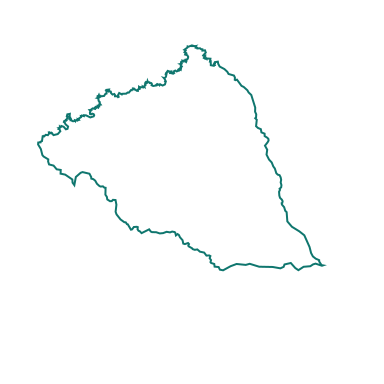 outline of Santissimo Nome De Jesus, Ribeira Grande de Santiago, Cabo Verde, rotated 146°
{"feature_id": "66160863B56005242542710", "entity_name": "Santissimo Nome De Jesus", "entity_type": "district", "adm_level": 2, "iso_a3": "CPV", "parent_name": "Cabo Verde", "parent_adm1": "Ribeira Grande de Santiago", "projection": "robinson", "projection_center": [-23.597, 14.95], "detail": "fine", "context": "isolated", "style": "outline", "palette": "teal", "viewbox_px": 384, "rotation_deg": 146, "n_neighbors": 0, "source": "geoboundaries", "source_scale": "gbopen_adm2", "svg_char_len": 6104}
<svg xmlns="http://www.w3.org/2000/svg" viewBox="0 0 384 384"><g transform="rotate(146 192 192)"><path d="M210.0,109.7L201.5,108.9L195.3,107.4L188.2,101.5L184.3,100.2L178.1,92.5L167.0,84.7L161.4,79.3L157.9,78.7L155.8,80.2L149.8,77.9L148.9,71.2L147.5,67.7L141.3,67.6L135.4,64.3L132.1,64.3L129.6,63.5L125.5,58.2L124.4,57.9L125.5,59.0L125.4,63.3L124.7,64.4L126.7,67.5L127.8,71.0L127.4,74.8L125.3,80.7L123.1,93.3L125.0,99.3L128.6,107.3L129.4,114.3L124.8,122.4L125.2,124.3L124.1,127.9L124.5,131.3L123.9,132.6L123.2,132.5L122.0,133.7L121.8,135.5L122.3,137.9L121.6,140.2L119.7,143.5L117.8,144.6L117.6,145.7L115.5,146.0L114.0,147.7L113.1,150.4L111.3,152.2L110.3,154.6L110.0,157.0L111.2,158.4L111.6,160.4L110.2,165.1L110.3,167.7L109.4,171.9L110.0,175.8L109.3,181.3L106.0,185.0L105.6,189.6L101.6,190.9L99.8,191.8L99.0,193.2L99.2,194.8L100.5,197.7L99.2,199.8L101.1,202.6L99.8,205.6L101.5,208.2L102.1,210.7L97.9,215.7L98.3,217.8L97.2,218.0L95.3,220.5L94.8,223.3L92.4,226.6L88.6,239.3L89.4,242.9L89.2,245.4L90.4,250.2L91.6,252.3L91.9,260.0L93.4,260.4L93.8,261.1L92.4,262.9L92.1,265.1L95.7,269.4L95.5,271.9L96.4,275.8L98.9,280.5L98.6,283.6L97.7,285.6L100.3,286.8L100.7,286.2L100.9,286.6L102.2,285.9L102.3,284.7L102.9,285.1L103.4,284.5L105.5,286.6L103.4,289.9L104.1,290.2L102.2,292.2L104.9,294.3L105.3,294.0L105.4,295.0L106.5,295.0L107.2,296.5L105.4,297.1L106.1,298.3L105.1,298.3L105.8,299.1L102.6,299.9L102.0,302.2L104.3,303.4L103.6,304.5L104.6,305.3L105.0,306.7L107.3,308.0L107.1,308.6L108.1,309.4L107.5,309.8L108.1,310.8L107.7,310.9L108.6,311.2L107.9,311.3L109.5,312.4L109.1,312.4L110.1,313.6L114.0,314.5L114.3,315.1L115.1,314.3L118.8,314.2L118.1,312.9L120.0,312.1L119.3,311.0L120.1,310.4L119.6,310.0L120.7,309.6L119.4,308.0L119.6,306.1L120.6,305.2L121.1,305.9L120.9,305.1L121.9,304.6L123.5,305.4L124.1,304.7L123.6,303.5L124.2,303.1L124.8,305.3L126.0,305.8L126.2,305.4L126.6,306.2L127.0,305.6L127.9,305.9L128.3,304.9L128.8,305.3L129.4,304.4L130.2,304.7L129.7,303.9L130.7,303.7L130.3,303.6L130.7,303.0L130.2,301.8L130.9,301.5L131.3,302.0L132.5,301.3L132.0,300.6L132.9,299.7L133.4,301.2L133.9,301.2L133.2,300.2L134.6,299.8L135.5,300.7L136.1,300.2L137.4,300.6L137.8,301.9L139.0,302.3L140.5,301.3L140.4,300.6L141.4,300.6L142.1,301.3L141.8,302.4L142.5,302.0L143.6,302.8L142.4,303.9L144.9,305.3L144.1,305.6L144.4,306.0L146.5,305.2L146.1,304.8L147.0,305.1L147.7,304.5L147.0,304.2L149.2,302.1L151.1,301.7L151.6,302.3L151.5,301.5L152.1,301.3L151.5,301.3L151.7,299.2L152.4,298.8L152.0,298.2L154.3,296.3L156.8,296.7L158.1,298.9L158.9,298.7L158.7,299.3L159.6,299.4L160.5,301.0L161.3,300.9L160.4,300.3L161.6,300.1L164.9,301.6L165.8,303.1L164.9,303.8L164.8,305.0L166.1,305.9L165.9,306.7L167.1,307.8L166.9,308.7L167.7,307.9L168.6,309.0L169.5,308.8L170.0,308.2L169.6,307.6L170.7,307.6L170.9,306.6L172.1,306.6L172.6,305.6L172.8,306.2L173.8,306.0L174.0,306.8L174.3,306.3L176.4,308.0L176.7,307.7L177.1,308.8L177.9,307.7L177.3,307.1L177.6,306.7L179.6,307.2L180.3,306.1L181.1,306.7L181.8,308.6L182.1,308.1L182.0,309.0L182.7,309.5L182.4,310.4L182.8,310.7L183.0,309.9L184.1,310.4L185.0,310.0L185.6,310.6L188.8,309.7L189.8,310.5L191.5,310.3L194.9,312.4L195.6,312.1L197.0,314.8L199.1,313.7L199.6,311.9L200.3,312.0L200.4,313.1L202.3,314.4L201.6,315.3L201.6,316.7L203.4,317.2L203.8,319.2L203.2,320.6L204.4,321.7L203.8,321.7L204.3,321.8L203.8,322.4L204.4,323.2L203.8,323.5L205.4,324.3L205.4,323.8L206.4,324.1L206.3,323.1L206.8,323.1L207.8,321.4L209.2,321.7L211.1,320.8L214.0,322.2L214.0,322.7L215.8,322.4L215.3,323.6L216.1,323.2L215.7,324.0L216.7,323.4L216.4,324.2L216.6,324.3L217.4,323.4L216.8,322.5L217.8,322.7L217.3,322.1L218.4,319.8L218.2,318.0L219.0,317.5L218.9,315.5L220.7,316.2L221.0,315.2L221.5,315.6L221.4,315.0L222.6,314.3L223.4,315.7L224.2,315.4L224.4,316.4L225.8,316.2L226.1,315.3L227.7,316.9L230.1,316.6L230.6,317.4L230.4,316.8L231.1,317.2L231.0,315.7L232.1,315.1L232.9,313.7L232.2,312.8L231.0,312.8L230.0,311.6L230.1,310.4L231.2,309.7L234.6,310.7L237.0,314.8L238.7,316.1L239.2,315.4L240.6,317.0L241.2,316.6L241.7,317.1L242.2,316.1L244.6,316.2L245.2,315.8L245.3,315.0L245.8,315.3L245.4,315.7L245.8,316.2L246.0,315.2L247.0,315.3L247.0,317.0L247.5,315.8L248.4,316.4L248.9,316.1L248.8,316.7L249.0,317.0L249.4,316.4L251.1,317.2L251.9,318.5L251.6,319.9L252.5,319.8L252.2,320.8L252.6,321.1L250.6,322.5L251.6,322.2L251.9,323.4L250.8,323.6L249.6,325.1L250.2,325.3L250.3,324.7L250.4,325.4L251.9,326.1L253.5,324.7L252.9,323.6L253.8,323.4L254.0,322.7L255.3,322.5L255.7,321.8L256.3,322.2L256.6,321.6L258.2,322.3L259.1,321.7L258.7,320.3L259.0,318.8L258.1,315.6L259.9,314.0L261.5,314.5L261.9,317.8L263.4,319.8L264.2,319.2L265.0,319.3L265.1,319.9L265.5,319.3L266.5,319.5L266.0,319.2L266.7,319.5L266.5,318.9L267.3,318.7L266.8,318.0L267.2,316.0L270.9,315.1L275.0,316.6L275.3,319.4L274.4,319.8L276.1,319.5L276.7,321.2L277.3,321.5L277.7,320.4L279.7,319.7L281.3,321.2L283.3,320.8L284.1,321.3L284.1,322.6L284.3,321.3L284.7,321.6L287.9,318.1L289.6,318.4L289.9,317.9L291.8,319.0L293.0,317.5L293.3,312.1L295.4,306.3L295.2,304.4L292.9,299.4L294.2,297.8L295.1,294.8L292.0,291.3L291.5,286.5L288.5,283.7L290.7,280.7L287.4,277.3L284.2,269.3L285.8,266.5L285.7,263.5L279.9,269.4L273.6,270.2L271.6,269.7L266.8,264.5L267.2,260.8L268.0,259.4L266.6,257.8L265.9,255.5L266.2,252.0L265.4,248.7L264.7,247.6L262.7,246.5L262.2,244.6L261.3,243.8L265.3,238.2L265.3,235.6L266.4,233.2L265.1,230.2L263.6,229.3L261.9,229.7L259.9,228.1L261.8,223.7L266.4,218.3L267.1,215.6L266.6,209.2L265.0,204.8L263.9,203.9L263.9,201.7L263.3,201.1L263.7,194.9L262.6,194.5L259.8,195.5L257.2,194.0L256.6,193.2L258.0,191.5L258.0,189.7L257.3,188.8L256.8,186.1L248.4,185.0L248.3,182.3L247.6,181.1L244.2,178.7L241.9,175.7L239.0,174.1L235.3,173.2L232.8,170.8L230.6,170.3L228.9,168.6L228.6,167.8L229.6,165.0L227.5,165.2L226.9,163.6L227.3,161.2L226.8,157.3L228.1,154.1L227.0,152.8L223.8,151.9L223.6,150.5L225.0,149.7L225.2,148.9L223.4,145.3L223.4,144.3L222.0,142.5L219.7,141.4L218.8,138.1L215.8,135.0L215.6,131.2L213.2,129.8L212.6,128.6L214.4,127.2L214.3,124.9L215.9,123.5L215.8,122.4L213.8,119.9L215.0,117.5L211.9,114.9L212.3,112.0L210.0,109.7Z" fill="none" stroke="#0f766e" stroke-width="2"/></g></svg>